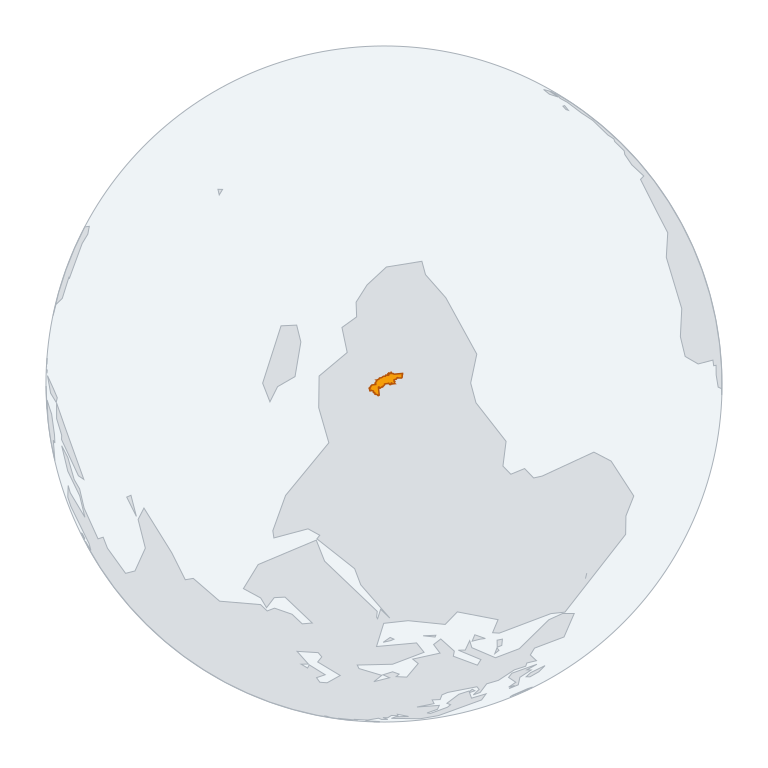 Central on an orthographic globe, rotated 174°
{"feature_id": "ZMB-516", "entity_name": "Central", "entity_type": "Province", "adm_level": 1, "iso_a3": "ZMB", "parent_name": "Zambia", "parent_adm1": "", "projection": "orthographic", "projection_center": [28.771, -13.872], "detail": "fine", "context": "on_globe", "style": "filled", "palette": "amber", "viewbox_px": 768, "rotation_deg": 174, "n_neighbors": 0, "source": "natural_earth", "source_scale": "10m", "svg_char_len": 8819}
<svg xmlns="http://www.w3.org/2000/svg" viewBox="0 0 768 768"><g transform="rotate(174 384 384)"><circle cx="384" cy="384" r="338" fill="#eef3f6" stroke="#a8b0b8"/><path d="M49.3,337.7L48.8,344.1L52.0,346.0L52.7,358.3L51.8,367.9L54.2,367.7L54.4,373.4L69.5,371.1L81.6,379.9L84.3,400.1L80.0,427.8L90.0,480.5L86.0,504.8L94.4,526.2L107.5,560.7L103.9,563.7L114.6,576.0L120.5,587.0L120.8,590.9L129.2,601.0L129.8,603.7L135.3,608.2L148.7,624.2L159.2,632.8L172.2,645.0L179.1,649.7L179.4,650.6L183.0,653.8L187.5,657.0L183.1,655.2L167.8,643.6L159.1,636.0L159.3,636.4L139.4,617.1L144.2,622.1L140.4,618.2L123.5,599.2L108.0,579.0L94.1,557.7L81.9,535.4L71.4,512.3L62.6,488.4L55.7,463.9L50.6,439.0L47.4,413.8L46.1,388.4L46.7,363.0L49.3,337.7ZM194.5,660.2L185.5,656.8L188.7,657.8L180.6,651.1L189.2,654.9L194.5,660.2ZM175.3,642.0L172.0,636.9L174.3,637.9L177.0,641.6L175.3,642.0ZM458.1,54.3L471.8,57.8L475.7,59.6L478.2,60.2L476.4,59.1L462.0,55.2L485.6,61.7L508.6,69.9L531.0,79.7L552.7,91.2L573.4,104.1L593.1,118.6L611.8,134.4L629.2,151.5L645.4,169.9L660.2,189.3L673.6,209.8L685.4,231.2L695.7,253.4L695.6,253.8L697.5,259.0L692.9,249.2L694.0,256.1L708.2,294.9L710.3,304.5L708.7,316.1L707.4,308.6L695.4,282.7L698.3,304.6L707.6,330.4L711.0,356.3L706.1,344.0L702.1,321.3L697.7,311.5L695.2,291.8L684.6,259.9L679.3,261.0L676.2,249.6L660.8,222.7L651.2,224.1L638.5,245.7L642.7,275.0L635.7,285.7L612.7,238.3L602.1,210.1L594.0,210.6L570.2,185.2L529.8,177.5L523.9,170.5L516.3,172.5L499.5,164.6L490.4,154.0L480.3,153.8L504.7,182.4L515.5,183.0L524.2,173.8L529.0,184.1L545.2,195.2L528.0,217.6L467.7,235.8L461.6,214.0L414.5,158.6L415.7,153.0L415.5,152.3L414.9,151.2L410.9,160.3L402.7,150.6L428.1,186.7L432.5,203.4L466.9,237.0L463.7,240.3L474.7,247.9L509.6,242.4L509.9,249.7L493.5,283.5L445.0,331.3L451.4,367.3L447.7,398.7L417.3,419.2L419.9,444.6L404.2,453.6L403.2,468.3L390.5,484.3L369.4,500.1L333.5,502.1L331.3,488.4L313.5,463.3L288.6,404.0L297.7,375.9L294.5,355.7L268.6,314.2L274.3,289.9L267.3,281.0L253.0,285.2L245.0,274.9L236.3,275.9L182.4,294.3L166.2,283.6L147.3,246.5L157.2,227.5L159.4,209.2L227.9,138.2L242.0,138.2L295.4,124.2L302.0,125.3L295.2,137.7L334.9,149.7L348.3,138.5L384.7,146.1L409.3,146.0L418.9,123.7L378.7,123.1L372.2,113.0L404.8,104.4L440.0,107.3L438.6,103.6L416.7,94.5L425.2,89.0L409.2,91.3L415.4,94.9L405.5,96.9L399.3,93.9L402.5,91.7L392.0,90.1L379.2,102.4L384.2,107.4L356.4,110.5L361.9,119.7L354.2,124.5L342.0,111.0L343.5,106.0L320.5,94.6L316.4,99.8L337.9,111.5L331.0,110.9L325.6,119.8L324.2,112.6L301.8,100.1L277.1,106.6L244.7,132.3L230.4,137.1L218.8,135.9L231.4,113.6L261.9,105.6L266.8,99.2L261.3,92.9L271.1,91.6L272.6,88.5L284.2,86.1L301.2,77.3L313.2,75.1L320.6,67.2L327.7,65.5L321.3,70.3L323.2,73.2L352.9,70.6L358.8,68.8L361.2,64.3L369.1,64.8L367.6,60.9L385.0,59.3L362.6,58.6L364.8,54.9L375.6,52.4L372.3,51.5L354.7,55.9L351.3,58.1L354.8,59.9L342.0,67.6L331.6,69.8L329.8,62.4L314.9,65.2L320.0,59.6L364.6,48.5L382.8,47.3L411.6,50.7L406.9,51.8L394.3,50.8L405.3,54.2L404.8,52.6L411.3,53.6L415.1,51.7L419.9,52.4L415.3,50.0L421.6,50.7L424.4,52.2L435.4,51.5L448.7,53.6L448.9,53.2L445.3,52.3L464.6,56.4L463.9,56.0L457.3,54.4L451.5,53.0L450.0,52.6L458.1,54.3ZM204.0,169.4L202.1,174.7L204.0,169.4ZM477.5,123.7L498.4,127.2L488.5,113.4L495.7,114.0L489.7,109.5L487.7,112.5L472.9,101.0L481.8,99.0L479.0,94.1L471.8,92.8L458.0,98.7L479.0,114.5L474.4,119.1L477.5,123.7ZM269.5,77.5L273.2,78.0L268.3,81.6L253.3,87.1L260.1,81.6L269.5,77.5ZM279.5,78.1L281.9,70.8L291.4,68.0L285.7,70.6L291.7,69.5L284.1,73.6L290.8,79.2L287.0,83.0L261.2,89.3L271.8,84.8L267.5,84.2L279.5,78.1ZM271.3,65.9L272.4,65.1L291.5,59.7L288.2,61.2L272.9,66.0L267.8,67.1L271.3,65.9ZM309.8,120.3L315.0,120.2L323.2,119.0L319.9,125.1L309.8,120.3ZM294.2,111.7L298.9,110.4L298.3,117.4L292.9,117.9L294.2,111.7ZM302.0,104.3L299.2,109.8L297.5,107.1L302.0,104.3ZM325.7,69.4L330.8,68.3L331.1,69.3L328.1,71.2L325.7,69.4ZM411.8,127.2L404.4,131.3L400.8,129.2L404.1,128.1L411.8,127.2ZM359.7,127.0L371.4,129.5L358.7,128.7L359.7,127.0ZM528.1,589.3L528.8,595.0L524.2,594.4L528.1,589.3ZM504.6,397.5L480.3,452.6L464.7,451.7L462.3,434.5L471.7,400.7L490.1,392.5L499.3,378.2L504.6,397.5ZM717.2,438.7L716.6,443.6L716.3,445.0L717.2,438.7ZM718.1,429.9L718.0,434.2L717.5,432.7L718.1,429.9ZM717.7,437.0L717.9,435.9L717.8,436.3L717.7,437.0ZM717.8,427.5L713.2,413.7L710.4,404.5L711.9,400.0L716.5,409.7L717.8,427.5ZM711.6,399.4L706.1,375.9L692.5,320.5L697.5,324.7L710.5,362.5L709.9,366.7L713.2,383.8L711.6,399.4ZM721.1,360.8L721.3,363.4L721.7,372.8L721.9,380.7L721.6,389.4L720.7,403.3L719.0,394.5L717.7,388.8L717.0,367.8L717.5,359.7L718.8,362.7L719.3,342.3L721.1,360.8ZM644.1,278.2L651.7,298.4L647.3,299.8L644.1,278.2ZM700.7,267.7L699.5,266.4L697.8,261.7L698.3,260.8L700.7,267.7ZM429.3,49.1L429.9,49.4L437.7,50.9L424.2,48.9L423.5,48.4L429.3,49.1ZM665.1,571.5L660.6,571.6L662.9,564.0L669.5,555.3L686.1,521.5L686.0,523.6L695.0,502.8L702.0,497.3L705.9,486.7L698.0,508.9L688.5,530.5L677.5,551.4L665.1,571.5ZM720.3,417.3L720.4,415.6L721.5,400.0L721.8,394.0L720.3,417.3Z" fill="#d9dde1" stroke="#a8b0b8" stroke-width="1"/><path d="M389.7,381.6L389.8,381.6L389.9,381.4L389.9,373.9L390.1,373.9L390.2,373.6L390.2,373.3L390.3,373.3L390.3,373.2L390.8,373.0L391.0,373.0L391.3,373.2L391.4,373.4L391.4,373.6L391.6,373.8L391.8,374.0L392.0,374.2L392.6,374.4L392.8,374.5L393.0,374.5L393.3,374.6L393.5,374.6L393.6,374.8L393.9,374.8L394.0,374.8L394.0,375.0L394.0,375.3L393.9,375.5L394.0,375.7L394.0,375.8L394.3,375.9L394.4,376.0L394.3,376.3L394.4,376.5L394.6,376.6L394.9,376.6L395.0,376.5L395.2,376.8L395.3,376.8L395.5,376.9L395.5,377.0L395.4,377.1L395.3,377.3L395.2,377.5L395.3,377.9L395.3,378.1L395.7,378.4L395.9,378.5L396.0,378.5L396.3,378.5L396.6,378.6L396.8,378.6L397.0,378.7L397.4,379.1L397.5,379.2L397.8,379.1L397.8,378.9L397.9,378.7L398.1,378.6L398.4,378.6L398.7,378.7L398.7,378.8L398.8,378.8L398.8,379.0L398.9,380.3L399.0,380.6L399.2,380.9L399.2,381.0L399.2,381.5L398.8,381.7L398.7,381.7L398.5,381.9L398.4,382.0L398.3,381.9L398.3,382.0L398.2,382.1L398.0,382.4L397.8,382.3L397.7,382.4L397.5,382.5L397.4,383.0L397.1,383.4L397.1,383.5L396.9,383.5L396.7,383.7L396.6,383.8L396.4,384.0L396.2,384.3L391.6,384.4L391.9,384.5L392.1,385.0L392.3,385.1L392.5,385.2L392.6,385.3L392.8,385.4L392.8,385.5L392.8,385.8L392.7,386.0L392.4,386.2L392.3,386.3L392.2,386.4L392.0,386.6L391.7,387.0L391.4,387.2L391.4,387.3L391.2,387.4L391.2,387.5L391.1,387.8L391.0,388.1L391.0,388.4L391.1,388.5L391.3,388.7L391.0,388.7L390.9,388.6L390.7,388.6L390.4,388.7L390.4,388.8L390.2,388.9L389.9,388.9L389.8,389.0L389.6,389.0L389.1,389.2L389.0,389.3L388.7,389.5L388.4,389.5L388.2,389.7L388.2,389.8L388.1,390.1L387.9,390.4L387.5,390.5L387.1,390.5L386.6,390.4L385.6,390.7L385.3,390.8L385.0,390.9L384.3,391.5L383.8,391.7L383.3,391.7L382.9,391.8L381.9,391.5L381.7,391.6L381.6,392.0L381.4,392.4L381.3,392.7L381.1,392.7L380.8,392.7L379.8,392.3L378.8,392.2L378.7,392.2L378.3,392.4L378.3,392.5L378.5,392.7L378.8,392.8L379.0,392.9L379.1,393.2L379.2,393.4L379.2,393.6L379.1,393.8L378.5,394.0L378.2,394.5L377.9,394.6L377.6,394.3L377.7,394.2L377.7,393.9L377.5,393.7L377.2,393.6L376.9,393.6L376.8,393.8L376.7,394.0L376.4,394.1L375.7,395.0L375.5,394.9L375.2,393.6L373.8,393.5L373.7,393.4L373.9,393.3L373.8,393.2L373.0,392.8L372.8,392.7L372.5,392.7L364.4,392.6L364.4,392.1L364.4,391.9L364.6,391.6L364.8,391.6L364.9,391.3L365.0,391.1L365.1,390.9L365.1,390.6L364.9,390.3L364.9,390.2L365.0,390.0L365.0,389.8L365.1,389.6L365.3,389.2L365.2,389.1L365.2,388.9L365.3,388.8L365.4,388.6L365.5,388.4L365.8,388.2L366.0,388.1L369.2,388.5L369.3,388.7L369.5,388.7L369.6,388.8L369.9,388.9L370.0,389.0L370.3,388.9L370.3,388.6L370.6,388.2L371.0,387.9L371.2,387.6L371.3,387.5L371.4,387.4L371.5,387.4L371.7,387.5L371.8,387.5L371.8,387.4L372.4,387.4L372.5,387.4L372.8,387.2L373.5,387.2L373.6,386.3L373.6,386.2L373.8,386.0L373.8,385.9L373.7,385.6L373.4,385.2L373.1,385.1L373.3,384.9L373.3,384.4L373.4,384.1L373.5,384.0L373.6,383.8L373.6,383.7L373.4,383.6L373.2,383.3L373.1,383.2L375.3,383.2L375.8,383.2L375.8,383.4L375.9,383.6L376.0,383.7L376.1,384.2L376.2,384.3L376.3,384.3L376.5,384.1L376.7,383.8L376.6,383.7L376.8,383.5L377.0,383.7L377.2,383.3L377.3,383.2L377.2,383.1L377.3,383.1L377.4,382.9L377.5,382.7L377.8,382.8L378.4,382.9L378.5,382.9L378.6,383.0L379.0,383.9L379.0,384.1L379.2,384.3L379.3,384.3L379.4,384.2L379.5,384.2L379.9,384.1L380.2,384.1L380.4,384.1L380.6,384.0L380.8,384.0L381.2,384.1L381.5,384.0L382.1,384.1L382.4,384.1L382.5,384.1L382.9,383.9L383.4,383.9L383.4,383.2L384.3,382.5L384.4,382.3L384.6,382.2L384.8,382.0L385.0,382.0L385.0,381.9L385.4,381.5L385.6,381.2L386.0,381.1L386.3,381.4L386.5,381.3L386.7,381.2L387.1,380.9L387.9,380.6L388.0,380.6L388.3,380.2L388.5,380.2L388.7,380.3L388.9,380.4L389.0,380.4L389.1,380.5L388.9,380.7L388.9,380.8L388.9,381.0L388.9,381.3L389.0,381.4L389.1,381.5L389.3,381.6L389.7,381.6Z" fill="#f59e0b" stroke="#b45309" stroke-width="1.5"/></g></svg>